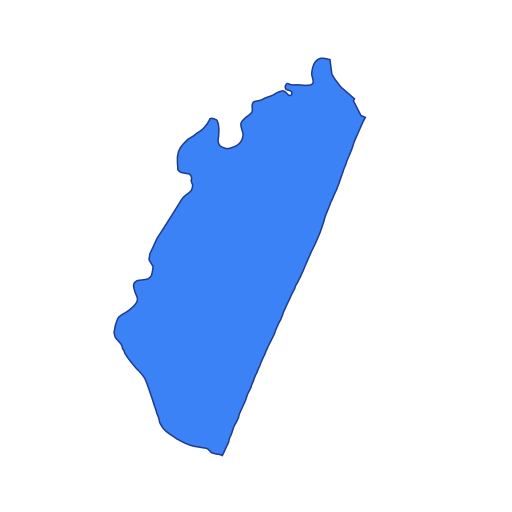 outline of Mai Kaen, Pattani, Thailand, rotated 52°
{"feature_id": "78962969B69481933598717", "entity_name": "Mai Kaen", "entity_type": "district", "adm_level": 2, "iso_a3": "THA", "parent_name": "Thailand", "parent_adm1": "Pattani", "projection": "natural_earth1", "projection_center": [101.66, 6.621], "detail": "fine", "context": "isolated", "style": "filled", "palette": "blue", "viewbox_px": 512, "rotation_deg": 52, "n_neighbors": 0, "source": "geoboundaries", "source_scale": "gbopen_adm2", "svg_char_len": 6107}
<svg xmlns="http://www.w3.org/2000/svg" viewBox="0 0 512 512"><g transform="rotate(52 256 256)"><path d="M347.1,432.3L351.5,431.0L355.2,429.3L359.2,427.5L364.6,424.4L368.6,421.3L371.0,419.0L373.8,416.5L376.4,414.0L377.5,413.2L379.0,412.7L381.0,412.4L382.7,412.4L384.2,411.8L387.4,409.4L389.9,407.0L391.2,406.1L392.5,405.4L392.3,405.0L391.7,403.6L388.3,397.1L387.4,395.2L385.8,392.2L383.9,389.9L382.9,388.5L382.3,387.1L380.8,384.4L378.7,381.3L376.6,378.1L375.6,375.7L374.8,373.7L373.6,371.4L372.6,369.3L371.3,367.9L370.1,366.1L362.9,352.4L361.4,350.3L359.6,347.6L357.8,343.6L356.2,340.4L355.6,339.9L354.0,337.1L353.1,335.3L351.8,333.4L350.4,331.1L349.7,329.9L349.0,328.2L348.1,326.6L346.2,323.4L345.5,321.7L343.7,318.8L343.0,317.7L339.8,311.6L339.2,310.2L338.4,308.8L337.4,307.0L336.8,306.3L336.2,304.7L335.0,302.7L330.8,293.8L329.9,291.9L329.4,290.9L328.4,288.9L327.7,288.1L325.6,284.5L323.0,279.6L322.6,278.7L321.2,275.4L320.4,274.2L319.2,271.9L317.5,269.5L316.5,267.7L314.9,264.5L313.6,262.1L311.8,258.5L310.8,256.4L308.2,251.6L305.3,245.2L304.8,244.6L304.2,243.8L303.4,242.2L302.6,239.9L301.9,238.5L299.7,233.7L298.7,231.8L296.7,228.0L295.8,226.4L294.5,224.2L290.0,215.8L289.3,214.7L288.4,212.8L287.4,211.1L286.4,209.2L284.7,205.6L281.6,199.4L276.9,191.0L275.7,189.2L274.6,187.4L272.6,184.4L270.3,180.9L268.8,179.0L267.2,176.7L264.5,172.1L263.3,169.9L259.6,163.8L258.2,160.8L256.5,158.0L256.1,157.1L254.9,154.8L253.0,151.1L252.1,149.7L249.7,145.6L248.4,143.7L245.0,138.5L243.0,135.3L241.7,133.5L238.9,128.5L238.0,127.1L237.1,126.0L233.2,118.9L232.1,117.0L230.8,114.7L229.2,112.3L226.9,109.0L226.1,107.6L221.7,99.5L216.2,89.2L214.3,84.9L214.1,84.5L209.8,86.8L202.1,85.3L193.7,83.7L192.8,81.6L189.8,82.2L182.1,83.7L175.0,85.1L165.3,85.0L159.5,84.3L153.0,80.5L146.8,76.8L144.4,78.7L142.6,80.3L141.0,81.9L140.7,82.3L140.3,82.8L140.1,83.2L139.7,84.1L139.5,84.9L139.4,85.3L139.3,86.0L139.2,86.4L139.2,87.6L139.3,88.5L139.5,89.7L139.6,90.1L140.1,91.4L140.4,92.1L140.8,92.8L141.6,94.1L142.6,95.5L143.5,96.7L144.8,98.1L145.7,99.0L146.1,99.4L147.0,100.1L147.4,100.4L148.4,100.9L152.2,102.6L153.4,103.3L153.9,103.7L154.4,104.2L154.6,104.4L154.9,105.1L155.0,105.4L155.1,106.1L155.1,106.4L155.0,106.8L154.9,107.3L154.6,108.0L154.3,108.6L153.9,109.3L152.9,110.8L152.1,111.8L151.0,113.2L148.3,116.0L147.5,117.0L146.7,117.8L145.1,120.0L143.5,122.0L143.1,122.5L142.7,122.9L141.6,123.6L139.9,124.6L139.5,124.9L139.3,125.3L139.2,125.6L139.3,125.9L139.4,126.4L139.7,127.5L139.9,127.9L140.1,128.3L140.5,128.7L141.2,129.2L141.9,129.5L142.5,129.7L142.8,129.7L143.1,129.7L143.3,129.7L144.0,129.3L144.9,128.7L146.2,127.7L146.9,127.3L147.5,127.1L147.8,127.0L148.3,126.9L148.6,127.0L148.9,127.0L149.3,127.3L149.9,127.7L150.3,128.1L150.6,128.4L150.7,128.8L150.8,129.0L150.8,129.3L150.8,129.7L150.8,129.8L150.7,130.1L150.4,130.6L150.1,130.8L149.6,131.1L149.1,131.3L148.2,131.5L146.3,131.7L144.9,131.9L144.3,132.0L143.6,132.3L143.0,132.7L142.5,133.1L142.2,133.5L141.7,134.4L141.1,135.8L140.6,137.4L140.5,138.0L140.2,139.4L140.0,140.1L139.9,141.3L139.8,143.0L139.6,143.8L139.2,145.3L138.8,146.5L138.1,148.4L137.4,150.7L137.1,151.6L136.7,153.7L136.5,155.0L136.4,155.5L136.1,156.2L135.7,157.4L134.8,159.2L133.9,160.8L133.4,162.1L133.2,162.4L133.2,162.7L133.1,163.1L133.2,163.4L133.2,163.7L133.5,164.3L133.8,164.9L134.0,165.2L134.2,165.6L134.6,166.0L135.8,167.0L136.6,167.5L137.6,168.2L138.5,168.8L139.1,169.4L139.5,169.7L139.7,169.9L139.9,170.2L140.1,170.8L140.3,171.2L140.4,171.5L140.5,172.8L140.6,175.6L140.5,178.2L140.5,178.7L140.6,179.9L140.8,181.6L141.2,184.1L141.3,184.4L141.5,184.8L141.8,185.5L142.1,185.9L142.4,186.4L143.0,186.9L144.0,187.6L145.1,188.2L146.4,188.8L150.3,190.3L150.9,190.5L151.6,191.0L152.1,191.3L153.0,192.0L153.5,192.5L154.2,193.3L154.7,194.0L155.3,195.0L155.7,195.6L156.3,196.9L156.5,197.5L156.9,199.0L157.1,200.3L157.2,201.7L157.1,202.8L156.9,204.1L156.7,205.1L155.6,208.5L154.9,210.5L154.6,211.1L153.9,212.2L153.5,212.8L152.8,213.5L152.4,213.7L151.6,214.3L150.5,215.0L149.7,215.5L148.7,216.0L148.1,216.2L147.5,216.4L147.1,216.5L146.5,216.5L145.7,216.4L145.0,216.3L144.0,216.0L143.0,215.6L142.2,215.1L141.5,214.6L140.5,213.7L138.4,211.6L136.1,209.5L135.0,208.6L132.9,206.9L132.4,206.6L130.7,205.6L128.6,204.4L126.8,203.7L126.2,203.6L125.6,203.4L125.0,203.3L124.4,203.4L124.2,203.4L123.9,203.6L122.6,204.3L121.2,205.2L120.6,205.8L120.2,206.2L119.9,206.7L119.5,207.9L120.4,209.5L121.8,213.1L122.8,217.3L123.2,219.9L123.2,223.4L122.8,227.2L122.9,231.0L122.1,238.1L123.0,244.5L124.0,248.8L125.9,252.6L128.2,255.4L129.6,257.0L133.1,259.7L135.3,261.3L138.0,263.0L139.6,264.3L141.0,264.5L143.0,264.1L144.7,263.1L147.1,261.0L148.6,259.7L149.5,258.6L150.5,258.1L151.8,257.9L152.9,257.9L153.8,258.2L155.0,258.8L156.8,260.8L158.7,261.5L160.9,262.1L162.8,263.9L164.5,266.5L164.9,269.9L164.8,274.1L165.0,277.0L165.7,279.9L172.5,298.4L179.8,319.1L181.2,323.2L183.5,327.7L185.5,331.4L187.8,336.1L188.8,338.1L190.2,339.6L192.5,342.2L194.0,342.8L200.9,343.6L201.1,343.7L201.2,343.8L204.8,347.6L206.4,349.6L207.0,350.4L207.1,350.7L207.3,351.5L207.5,352.4L207.6,353.7L207.6,354.2L207.5,354.9L207.4,355.4L207.3,355.8L206.4,357.6L205.0,360.1L202.7,363.8L202.5,364.2L202.4,364.5L202.3,364.8L202.1,366.2L202.1,367.1L202.2,367.9L202.2,368.2L202.7,369.3L202.9,369.5L203.6,370.4L203.8,370.6L204.0,370.8L206.0,371.9L206.9,372.3L210.4,373.7L212.9,374.4L214.8,374.9L215.7,375.3L216.3,375.6L217.1,376.1L217.3,376.3L217.6,376.6L218.2,377.2L218.4,377.5L218.6,377.9L219.0,378.7L219.4,379.7L219.7,380.9L220.0,382.1L220.1,382.7L220.3,384.5L220.5,388.1L220.5,390.0L220.3,393.7L219.7,397.4L219.6,399.7L219.6,401.3L219.7,401.8L220.1,403.1L220.5,403.9L221.2,405.2L222.2,406.8L224.8,410.5L227.0,412.8L229.0,415.1L232.3,416.5L233.9,417.0L235.5,417.0L238.2,416.8L241.8,416.6L244.0,416.9L247.3,418.3L249.2,418.3L251.8,419.2L257.2,419.7L262.3,419.8L271.2,419.5L274.2,419.1L278.2,418.8L281.1,418.8L284.5,419.1L287.8,420.0L293.9,422.0L305.5,426.0L309.3,427.5L315.2,429.5L318.9,431.0L323.2,432.2L325.3,433.1L327.9,434.4L330.4,434.9L333.6,435.2L335.9,435.2L339.8,434.6L344.6,433.2L347.1,432.3Z" fill="#3b82f6" stroke="#1e3a8a" stroke-width="1.5"/></g></svg>